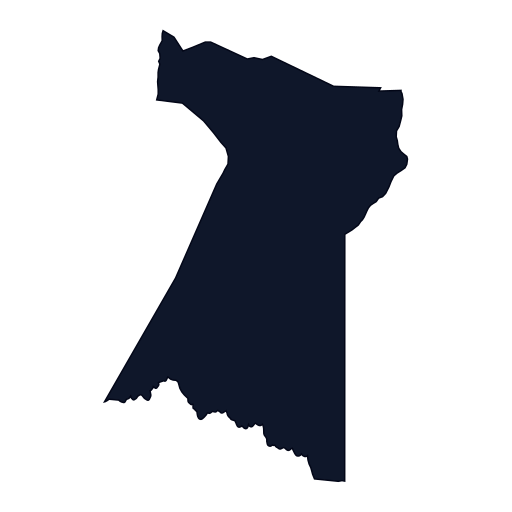 Mongomo, Wele-Nzás, Equatorial Guinea (Equal Earth projection)
{"feature_id": "11065452B93694652116414", "entity_name": "Mongomo", "entity_type": "district", "adm_level": 2, "iso_a3": "GNQ", "parent_name": "Equatorial Guinea", "parent_adm1": "Wele-Nzás", "projection": "equal_earth", "projection_center": [11.198, 1.625], "detail": "fine", "context": "isolated", "style": "filled", "palette": "ink", "viewbox_px": 512, "rotation_deg": 0, "n_neighbors": 0, "source": "geoboundaries", "source_scale": "gbopen_adm2", "svg_char_len": 5896}
<svg xmlns="http://www.w3.org/2000/svg" viewBox="0 0 512 512"><path d="M156.7,99.9L182.4,103.1L203.6,120.9L213.5,132.7L220.9,142.3L226.0,148.0L228.4,156.4L228.0,164.1L224.8,169.6L223.1,173.2L216.8,183.9L175.6,278.0L104.5,401.8L104.9,401.7L105.1,401.7L107.3,400.5L109.1,399.2L118.9,400.1L119.4,400.7L120.2,401.3L121.6,402.0L123.5,402.5L123.8,402.5L124.1,402.5L124.6,402.2L124.9,402.0L125.1,401.7L126.4,399.4L128.7,398.5L128.9,398.3L129.4,397.9L130.7,396.0L131.1,397.5L131.3,397.8L131.5,398.2L131.7,398.4L132.7,399.4L132.9,399.6L133.3,399.8L133.7,399.9L134.1,399.8L134.3,399.7L136.0,398.6L136.5,398.1L137.7,396.3L140.0,394.7L141.8,395.1L144.3,398.2L144.8,398.6L147.2,400.1L147.6,400.2L147.9,400.2L148.3,400.2L148.7,400.0L148.8,399.9L149.0,399.6L149.3,399.3L150.6,396.5L150.7,396.1L150.8,395.7L150.8,395.1L150.8,394.7L150.3,392.1L150.2,391.7L149.9,390.9L150.5,390.7L151.2,390.1L152.8,388.1L153.1,387.5L153.2,387.2L153.3,386.6L154.9,387.9L155.2,388.1L155.4,388.2L155.9,388.3L156.4,388.1L156.7,388.0L156.9,387.7L158.3,385.9L158.6,385.3L158.8,384.8L158.8,384.1L158.6,383.4L158.4,382.6L163.6,380.8L164.5,381.1L164.8,381.1L165.2,381.1L165.6,380.9L165.9,380.6L166.3,380.1L167.3,377.9L167.8,377.0L168.7,377.6L170.4,379.0L170.8,379.2L172.7,379.9L173.0,380.0L176.0,380.3L177.8,381.6L178.5,383.2L179.8,388.0L179.9,388.3L180.0,388.5L181.8,391.8L182.0,392.1L184.3,394.9L186.9,397.4L187.9,398.3L188.0,400.8L188.1,401.4L188.3,401.9L188.4,402.1L188.7,402.5L190.7,404.3L191.0,404.4L191.3,404.6L191.7,404.6L192.0,404.5L192.9,404.2L193.1,404.4L193.0,407.0L193.1,407.8L193.2,408.3L193.6,408.7L194.0,408.7L194.5,408.9L194.8,409.5L195.2,410.1L196.6,411.4L196.9,411.8L197.0,412.0L197.2,413.7L197.4,415.0L197.6,415.8L197.7,416.0L197.7,416.3L198.5,418.0L199.1,418.7L199.7,419.1L200.5,419.3L201.1,419.3L201.3,419.2L201.5,419.2L202.0,419.0L202.2,418.8L202.4,418.7L203.6,417.7L204.5,416.8L205.9,415.2L206.0,415.0L206.2,414.9L206.4,414.5L206.6,414.2L206.8,413.9L207.2,413.3L207.3,413.1L207.5,412.9L208.2,413.0L208.7,413.2L209.3,413.3L209.6,413.2L209.8,413.2L210.5,412.9L212.0,411.7L212.2,411.4L214.1,411.8L214.6,411.9L214.8,411.9L215.1,412.0L215.4,411.9L215.6,411.9L215.8,411.8L216.2,411.7L216.4,411.5L216.6,411.4L217.3,410.6L217.5,410.5L217.7,410.4L217.9,410.4L218.4,410.8L218.6,411.0L219.3,411.3L219.5,411.3L219.8,411.6L220.0,411.9L220.2,412.1L220.3,412.3L220.8,412.7L221.6,413.0L222.1,413.0L222.7,412.8L223.3,412.5L223.5,412.4L224.3,411.8L226.1,410.7L226.3,411.4L226.9,412.5L227.0,412.9L227.2,413.6L227.3,414.2L227.4,414.5L227.5,414.8L227.8,415.4L228.4,416.4L228.5,416.5L229.1,417.1L229.2,417.3L229.4,417.4L229.7,417.7L230.3,418.3L230.7,418.9L231.0,419.3L231.6,419.7L232.1,419.8L232.6,420.0L233.3,420.3L234.0,420.4L234.8,420.7L235.1,421.1L235.2,421.4L235.9,422.8L236.4,424.1L236.5,424.3L236.6,424.6L237.3,426.0L237.5,426.2L237.6,426.4L237.9,426.7L238.7,427.1L239.2,427.2L239.9,427.0L240.1,426.9L240.8,426.7L241.5,426.2L241.8,425.9L242.3,426.4L243.2,427.1L243.6,427.6L243.9,427.8L244.1,428.1L244.4,428.3L244.6,428.3L245.3,428.6L245.7,428.7L246.5,428.5L246.8,428.4L247.4,427.7L247.8,427.0L248.0,426.5L248.2,425.5L248.6,424.5L248.9,425.2L249.1,425.5L249.3,425.8L249.6,426.2L249.9,426.3L250.1,426.5L250.5,426.7L250.8,426.7L251.1,426.8L251.6,426.8L252.4,426.4L253.1,425.7L253.7,425.0L254.1,424.4L254.7,423.7L255.1,423.4L255.4,423.2L255.8,423.4L256.1,423.7L256.4,423.9L256.6,424.1L257.0,424.3L257.5,424.7L257.8,424.9L258.1,425.0L258.5,425.2L259.2,425.5L259.5,425.5L259.8,425.5L260.6,425.5L261.0,425.3L261.2,425.2L261.4,425.1L262.4,424.3L262.6,424.8L263.0,425.4L263.3,426.5L263.6,428.0L263.7,429.5L263.8,432.9L263.9,433.8L264.0,434.1L264.1,434.5L264.4,435.2L264.6,435.5L264.8,435.8L265.5,436.6L265.7,436.9L266.2,437.8L266.6,438.6L266.7,439.0L266.8,439.7L266.8,440.3L266.8,441.5L266.9,441.9L267.1,443.0L267.3,444.0L267.7,444.9L268.0,445.3L268.7,445.8L269.1,446.0L269.3,446.0L269.5,446.1L270.1,446.2L270.4,446.1L270.7,446.1L271.2,445.9L271.6,445.6L271.8,445.4L272.0,445.3L272.4,444.9L272.5,445.0L273.0,445.3L273.7,445.4L274.2,445.3L274.8,445.1L275.0,445.4L275.2,445.6L275.3,445.9L275.7,446.5L275.9,446.6L276.1,446.8L276.6,447.2L277.3,447.5L278.5,448.4L279.3,448.9L280.0,449.0L280.5,449.0L280.8,448.8L281.0,448.8L281.3,448.6L281.8,448.4L283.0,447.7L283.6,447.6L284.0,447.7L284.7,448.0L285.2,448.4L285.6,448.8L285.8,448.9L286.3,449.5L286.9,449.9L287.3,450.1L287.5,450.2L287.8,450.3L288.2,450.4L288.9,450.3L289.6,450.0L290.3,449.5L291.4,448.6L292.2,448.2L292.3,448.3L292.6,448.8L293.1,450.2L293.6,451.1L293.9,451.8L294.2,452.3L294.5,453.0L295.1,454.0L295.8,455.0L296.4,455.5L297.0,455.9L297.3,455.9L297.6,456.0L298.7,456.0L299.4,455.8L300.6,455.0L300.9,454.7L301.1,454.5L301.5,453.9L301.6,454.0L302.4,455.2L303.0,455.7L303.9,456.2L304.7,456.5L304.9,456.4L305.1,456.5L305.8,456.5L306.1,456.4L306.3,456.4L307.0,456.2L307.3,455.9L307.5,455.7L308.0,460.0L309.1,464.0L310.8,467.6L311.6,470.4L312.6,474.2L314.5,478.9L338.4,481.3L342.0,480.6L344.7,481.1L344.8,234.3L352.0,229.9L354.8,227.7L358.3,225.0L360.6,221.6L362.4,219.8L364.1,217.1L365.7,213.6L366.9,210.9L368.4,207.9L370.5,205.3L373.1,203.5L376.2,201.6L378.6,198.2L380.0,197.6L382.5,196.7L385.7,193.3L388.9,187.0L391.0,181.6L393.8,175.9L396.9,173.2L401.2,170.5L405.0,167.8L406.8,164.2L407.5,159.1L406.8,156.5L403.3,153.7L400.9,151.6L398.7,148.2L397.8,144.4L397.3,140.6L396.2,136.8L396.5,130.9L399.1,126.5L400.7,120.5L401.8,115.9L401.6,109.5L402.6,104.3L403.0,99.3L402.0,93.6L400.9,91.3L401.0,90.4L378.9,91.1L380.6,87.8L333.6,86.3L271.3,56.3L262.5,59.5L254.0,57.7L247.3,59.0L210.7,42.1L205.2,42.1L192.7,47.3L182.9,51.0L174.0,37.2L163.1,30.7L162.3,33.4L162.1,36.6L162.2,40.3L162.1,40.9L159.8,45.0L158.6,47.7L158.2,50.7L159.6,53.2L159.8,53.9L160.1,57.6L160.1,57.8L160.1,58.2L160.1,58.5L158.7,61.3L159.7,63.7L159.8,64.5L159.7,64.9L158.5,69.6L158.1,72.5L158.1,77.2L157.6,81.7L157.9,85.6L158.2,89.6L158.2,93.9L158.1,94.5L156.7,99.9Z" fill="#0f172a" stroke="#020617" stroke-width="1.5"/></svg>